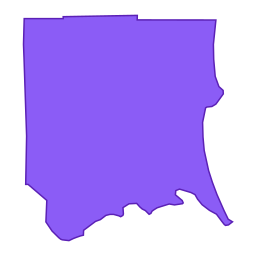 the district of Clatsop, Oregon, United States of America, rotated 180°
{"feature_id": "52423323B41854352046463", "entity_name": "Clatsop", "entity_type": "district", "adm_level": 2, "iso_a3": "USA", "parent_name": "United States of America", "parent_adm1": "Oregon", "projection": "albers", "projection_center": [-123.747, 46.022], "detail": "fine", "context": "isolated", "style": "filled", "palette": "violet", "viewbox_px": 256, "rotation_deg": 180, "n_neighbors": 0, "source": "geoboundaries", "source_scale": "gbopen_adm2", "svg_char_len": 1056}
<svg xmlns="http://www.w3.org/2000/svg" viewBox="0 0 256 256"><g transform="rotate(180 128 128)"><path d="M231.8,237.4L232.5,211.6L232.0,198.3L229.4,119.9L230.3,71.6L227.9,71.6L209.2,55.6L210.1,34.1L203.9,24.9L197.2,18.3L195.3,16.8L193.8,16.2L187.0,15.4L182.4,17.6L179.2,18.8L175.5,20.1L172.6,20.8L172.4,25.7L160.5,34.6L155.6,36.4L150.1,40.6L146.1,41.6L142.4,41.6L137.2,40.2L135.3,39.3L133.1,40.6L132.6,42.0L133.0,48.4L127.0,52.2L119.3,52.6L116.2,49.1L113.8,47.0L110.6,45.4L106.9,41.7L105.1,42.6L104.0,44.8L102.4,46.0L98.9,48.2L95.5,49.3L86.8,52.0L81.5,51.1L73.5,52.3L72.8,53.1L73.8,55.5L80.6,61.2L80.2,65.4L76.5,66.9L65.1,63.5L61.0,61.4L58.4,56.8L53.9,51.3L46.6,45.7L39.5,41.8L34.6,35.2L31.7,31.5L30.5,30.6L27.5,31.1L23.5,34.2L27.8,36.8L32.1,45.7L39.1,61.6L43.7,73.9L47.4,85.4L51.8,105.5L53.0,119.0L53.4,133.6L50.4,148.2L49.0,149.0L44.1,149.5L40.1,151.9L32.7,162.1L32.9,165.6L37.1,169.4L40.8,179.6L42.3,196.7L42.6,211.6L40.1,236.0L118.8,236.1L118.7,240.6L192.8,239.3L192.8,237.4L231.8,237.4Z" fill="#8b5cf6" stroke="#5b21b6" stroke-width="1.5"/></g></svg>